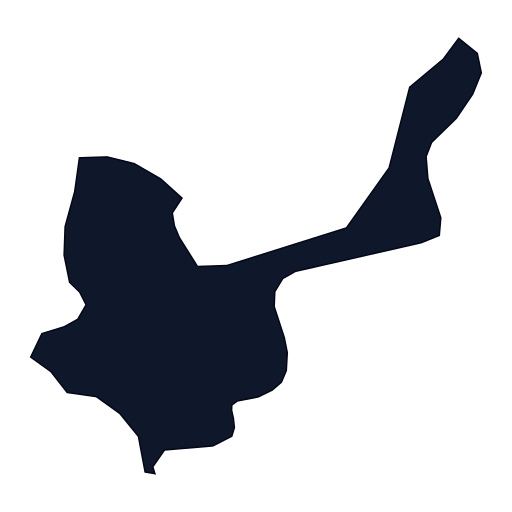 map outline of Taraclia (Robinson projection)
{"feature_id": "MDA-1625", "entity_name": "Taraclia", "entity_type": "District", "adm_level": 1, "iso_a3": "MDA", "parent_name": "Moldova", "parent_adm1": "", "projection": "robinson", "projection_center": [28.676, 45.978], "detail": "fine", "context": "isolated", "style": "filled", "palette": "ink", "viewbox_px": 512, "rotation_deg": 0, "n_neighbors": 0, "source": "natural_earth", "source_scale": "10m", "svg_char_len": 867}
<svg xmlns="http://www.w3.org/2000/svg" viewBox="0 0 512 512"><path d="M458.7,38.3L477.3,53.4L481.3,72.9L472.7,94.1L456.4,118.2L431.6,142.4L426.1,156.6L427.9,178.6L440.8,217.8L439.3,235.4L421.3,242.7L295.3,271.4L282.8,278.5L274.8,291.6L274.2,306.6L284.3,337.6L287.3,352.6L286.3,370.6L281.4,382.2L272.2,390.1L258.3,396.9L237.3,401.0L231.8,405.1L231.6,410.2L233.4,418.3L234.4,427.6L231.8,436.2L212.9,445.9L164.5,450.0L152.8,466.8L154.9,473.7L154.6,473.6L145.1,472.0L138.4,436.4L119.8,413.5L96.3,396.6L67.2,392.5L50.9,371.6L30.7,357.1L41.9,333.6L64.1,326.8L77.7,319.3L86.1,304.8L79.7,292.1L69.6,282.3L64.1,255.2L65.1,226.6L74.7,191.6L79.4,157.8L107.1,156.9L134.2,163.6L160.7,178.9L182.0,198.1L172.3,212.9L174.4,225.8L179.3,237.5L197.5,266.5L227.0,265.5L346.4,227.9L389.1,167.9L409.7,87.2L443.2,59.2L458.7,38.3Z" fill="#0f172a" stroke="#020617" stroke-width="1.5"/></svg>